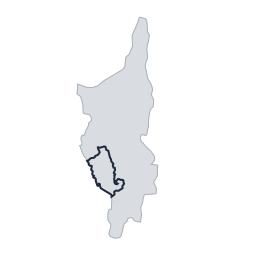 Kvemo Kartli on a map of Georgia (Albers equal-area conic projection), rotated 71°
{"feature_id": "GEO-3037", "entity_name": "Kvemo Kartli", "entity_type": "Region", "adm_level": 1, "iso_a3": "GEO", "parent_name": "Georgia", "parent_adm1": "", "projection": "albers", "projection_center": [44.553, 41.504], "detail": "fine", "context": "in_parent", "style": "outline", "palette": "slate", "viewbox_px": 256, "rotation_deg": 71, "n_neighbors": 0, "source": "natural_earth", "source_scale": "10m", "svg_char_len": 3876}
<svg xmlns="http://www.w3.org/2000/svg" viewBox="0 0 256 256"><g transform="rotate(71 128 128)"><path d="M129.1,179.6L129.2,178.8L128.9,177.6L128.0,176.7L126.6,176.2L124.2,176.3L121.9,175.7L120.3,174.2L119.9,173.0L120.9,172.1L120.2,171.3L117.4,169.3L112.9,164.6L110.3,163.5L109.3,160.5L108.3,159.9L106.1,159.5L103.7,159.8L103.2,160.1L102.5,160.5L100.6,164.2L99.3,165.4L96.2,164.7L93.6,163.8L91.5,163.2L87.4,162.8L82.7,162.6L79.5,165.1L78.1,164.8L75.8,163.4L72.0,162.2L70.0,161.3L76.1,153.8L78.0,149.3L78.2,146.5L78.3,143.0L75.5,135.6L73.3,125.2L71.0,114.4L69.0,111.1L60.4,107.1L58.5,102.8L52.0,97.0L42.7,94.3L40.9,93.2L33.1,85.9L27.0,81.2L28.5,78.6L30.5,75.9L32.5,75.3L38.1,76.7L43.3,78.2L47.2,77.5L51.7,79.9L55.8,82.6L59.9,84.6L68.0,86.6L71.0,89.0L74.5,91.5L88.5,93.2L89.7,92.8L90.7,92.5L95.5,91.8L99.6,92.1L104.0,95.0L106.8,94.9L109.8,94.5L113.7,96.1L116.7,97.9L116.9,99.6L119.5,102.1L127.3,106.0L133.6,108.3L135.5,109.8L140.3,112.3L140.8,113.1L140.7,114.2L139.3,116.0L138.9,117.7L139.6,118.6L141.6,119.6L145.5,119.8L147.0,118.6L149.9,117.8L152.9,116.3L156.8,114.2L162.1,112.4L164.3,112.4L166.3,112.9L167.7,114.0L170.1,117.8L172.5,112.4L173.2,112.0L175.3,113.1L179.2,114.6L181.9,115.3L183.4,116.4L187.5,121.3L194.1,120.9L196.9,121.7L198.5,122.4L199.2,123.4L198.0,128.2L196.5,133.3L196.6,134.5L199.3,136.4L203.0,138.3L205.0,139.9L206.3,141.3L209.2,142.4L212.6,143.0L214.2,143.1L215.9,144.2L220.4,146.4L221.0,147.0L220.2,148.5L218.5,151.2L217.2,152.6L215.6,152.8L214.1,153.5L213.6,154.9L213.6,156.8L213.8,158.1L214.3,158.6L215.8,159.0L217.5,162.8L220.0,164.7L223.8,166.9L227.3,169.3L229.0,171.6L228.7,173.3L227.7,176.9L224.9,179.9L222.6,180.7L221.7,180.4L220.1,179.5L217.0,177.3L213.6,175.6L211.0,176.2L209.3,177.0L205.9,176.2L201.9,174.7L199.8,173.2L198.8,172.1L199.4,170.1L190.3,166.6L186.0,165.7L184.0,166.8L177.4,172.2L176.6,172.8L171.5,173.6L171.5,174.0L172.7,175.2L172.5,175.5L163.9,175.7L161.1,176.4L153.5,175.4L151.0,175.8L148.8,176.7L143.6,177.6L140.0,178.7L135.4,179.3L130.7,179.3L129.1,179.6Z" fill="#d9dde1" stroke="#a8b0b8" stroke-width="1"/><path d="M177.4,172.3L177.0,172.5L176.4,173.1L176.0,173.4L174.8,173.4L171.8,173.0L171.2,173.6L171.5,174.2L172.6,174.7L172.9,175.0L173.0,175.2L172.7,175.6L171.9,175.7L167.3,175.7L166.0,175.1L165.4,175.1L164.7,175.4L164.3,175.9L164.0,176.5L163.5,176.9L162.9,176.8L162.7,176.5L162.6,176.0L162.4,175.7L162.1,175.7L161.9,175.9L161.3,176.6L160.5,176.8L159.8,176.8L159.2,176.5L157.5,175.5L157.1,175.5L156.8,175.6L156.5,175.8L156.3,176.1L156.0,176.2L155.3,176.4L154.7,176.1L153.2,175.1L152.4,174.7L152.0,174.7L151.7,175.0L151.6,175.3L151.6,175.7L151.4,176.1L150.9,176.5L150.3,176.9L149.7,177.0L148.3,176.6L147.7,176.7L146.5,177.2L145.8,177.4L145.5,175.3L145.1,174.6L144.7,174.0L144.5,172.2L145.0,170.4L144.9,169.5L144.6,168.7L143.9,168.3L143.7,167.3L143.7,166.4L143.6,165.6L143.5,165.0L143.2,164.7L142.6,163.6L141.8,162.7L140.4,162.6L138.9,163.0L137.5,163.0L136.5,162.8L136.7,162.1L137.1,161.8L137.5,160.8L137.7,156.7L138.4,155.4L139.8,155.6L141.6,155.6L143.1,154.0L150.2,154.7L151.1,154.4L152.1,154.3L153.6,154.6L155.0,154.4L156.9,153.5L157.5,153.7L157.9,154.3L158.7,154.6L160.8,154.6L161.3,153.5L163.0,153.7L164.4,154.7L165.9,156.1L167.5,155.2L168.0,155.4L168.1,156.0L168.5,156.5L169.5,156.5L172.0,157.8L172.7,157.8L173.5,158.0L174.4,158.4L175.5,158.5L176.7,158.1L177.6,156.8L177.3,155.8L176.8,156.2L176.4,156.8L175.7,157.0L174.9,156.8L174.4,156.5L173.9,156.1L173.8,155.4L173.6,154.7L173.0,154.1L173.1,153.4L173.9,152.6L174.7,151.7L175.0,150.5L175.5,149.8L176.2,149.5L177.7,149.9L179.3,149.8L180.1,150.7L180.7,151.8L181.8,152.5L182.9,152.6L183.5,153.7L183.7,155.1L184.3,157.3L183.3,159.7L183.5,160.8L183.7,161.6L184.3,162.0L185.2,162.0L186.2,162.3L186.8,163.1L187.0,164.1L187.3,164.6L187.5,165.2L187.6,165.9L187.0,165.6L186.0,165.5L185.0,165.9L180.4,169.8L177.4,172.3Z" fill="none" stroke="#1e293b" stroke-width="2"/></g></svg>